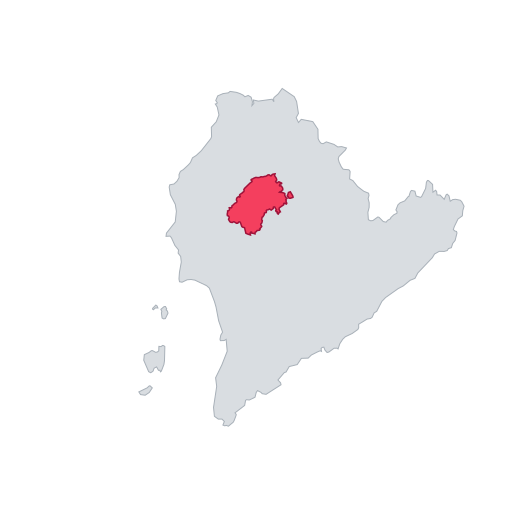 location of Ciudad Real within Spain, rotated 133°
{"feature_id": "ESP-5816", "entity_name": "Ciudad Real", "entity_type": "Autonomous Community", "adm_level": 1, "iso_a3": "ESP", "parent_name": "Spain", "parent_adm1": "", "projection": "albers", "projection_center": [-4.048, 38.963], "detail": "fine", "context": "in_parent", "style": "filled", "palette": "rose", "viewbox_px": 512, "rotation_deg": 133, "n_neighbors": 0, "source": "natural_earth", "source_scale": "10m", "svg_char_len": 7965}
<svg xmlns="http://www.w3.org/2000/svg" viewBox="0 0 512 512"><g transform="rotate(133 256 256)"><path d="M268.0,132.6L268.1,133.8L270.2,136.0L276.5,137.2L278.1,138.2L277.8,141.4L276.4,144.2L277.8,145.3L279.3,145.3L281.1,143.0L281.5,144.4L284.4,145.7L290.7,148.0L295.1,148.2L299.9,153.0L307.3,151.8L314.2,156.3L320.4,154.9L321.9,155.8L331.7,155.4L332.0,151.5L333.1,149.9L350.3,154.3L352.5,157.6L352.3,159.2L353.4,163.1L355.6,162.8L360.0,160.4L365.9,162.7L367.6,165.0L368.8,165.1L373.0,162.4L385.0,164.4L385.3,162.5L386.1,161.9L390.9,159.9L392.9,159.3L399.3,160.1L400.2,162.3L401.5,163.0L402.2,164.9L398.6,166.3L398.5,169.7L401.0,172.3L401.6,177.1L395.7,183.8L378.2,195.8L372.6,202.5L359.2,206.6L345.3,212.1L337.3,221.0L339.5,221.6L342.2,224.3L341.4,225.6L337.8,227.8L334.5,228.5L328.8,239.2L320.6,250.4L317.6,255.4L311.3,268.2L311.4,271.9L315.3,284.2L317.4,287.4L320.3,290.1L325.6,292.2L327.0,294.4L325.3,296.7L320.2,300.8L311.4,306.5L307.7,310.8L307.0,314.9L304.4,316.8L303.6,322.5L300.3,330.4L300.1,332.5L303.0,335.2L300.3,337.1L286.2,338.3L277.6,344.7L273.3,350.2L269.6,360.4L264.8,366.5L262.7,367.6L259.3,365.1L255.2,364.8L251.1,365.7L249.0,367.8L245.7,369.0L242.5,368.1L235.5,367.6L232.4,367.7L227.5,369.4L223.3,368.3L216.3,367.8L201.0,369.1L199.1,369.8L192.3,376.5L184.9,376.6L178.1,379.3L173.5,385.9L172.6,389.4L171.3,388.6L170.3,388.9L169.7,391.5L165.0,393.2L159.8,390.9L155.5,387.5L153.3,387.2L149.7,382.0L148.2,378.7L147.1,375.1L147.1,372.7L143.9,371.2L143.2,367.9L145.6,363.8L148.8,361.5L145.9,361.6L143.7,364.3L141.1,359.9L130.3,351.1L131.0,348.1L129.1,350.3L127.8,350.9L122.2,350.3L115.6,351.1L113.4,336.7L115.3,331.7L122.8,322.2L127.4,321.0L129.4,316.0L125.2,316.1L119.0,306.1L121.1,297.1L127.8,290.6L128.9,287.8L129.2,285.3L128.1,283.5L124.6,282.4L121.2,275.1L120.5,270.6L117.6,268.0L115.3,263.5L117.6,262.9L126.7,263.2L128.9,262.1L130.7,259.2L132.6,254.4L133.1,251.4L129.7,247.0L129.6,246.1L130.1,244.7L135.8,240.1L134.8,236.6L135.9,229.2L135.5,224.8L135.1,221.2L133.3,216.5L134.6,214.7L137.5,213.2L139.9,209.5L143.3,206.4L147.7,204.0L152.8,198.6L152.1,196.2L150.4,194.7L144.3,193.5L143.8,192.3L144.0,186.4L142.5,183.9L140.3,184.1L136.9,183.0L136.0,183.6L131.7,183.3L128.7,182.1L127.4,183.0L126.9,185.1L121.7,187.1L118.9,186.9L114.2,184.8L108.8,185.2L108.2,184.8L103.5,187.0L102.0,187.0L100.2,184.0L102.9,179.8L100.9,175.6L99.6,175.4L90.9,178.0L85.8,181.7L83.8,182.1L83.2,181.3L83.2,175.7L88.7,170.1L85.4,169.5L85.7,167.8L87.9,165.2L85.9,163.0L86.2,157.0L81.5,158.7L80.4,158.4L80.4,155.9L83.5,151.3L80.6,150.6L78.4,148.7L75.9,144.6L76.0,142.5L77.7,137.8L81.8,135.7L85.9,132.5L91.2,133.5L99.3,131.0L102.1,129.7L102.1,127.6L101.3,126.1L102.1,124.7L108.8,121.0L112.7,120.7L116.7,118.8L119.3,120.3L121.7,119.9L124.3,121.5L127.7,125.2L132.8,126.8L136.9,125.9L158.0,126.1L164.0,124.5L168.6,126.7L177.5,127.9L182.9,129.8L197.9,132.9L203.3,133.0L214.1,130.0L217.1,130.8L221.5,129.3L223.5,129.6L226.3,131.7L235.9,134.4L238.4,132.0L240.2,131.4L247.1,132.8L254.1,135.6L257.7,135.8L263.0,134.9L268.0,132.6ZM404.9,253.1L407.6,254.0L410.3,252.8L411.7,253.0L413.2,253.4L413.8,255.6L408.8,267.0L404.3,270.4L399.4,268.4L396.7,268.0L395.8,267.2L394.9,263.7L393.6,262.7L391.7,262.4L388.3,265.4L387.0,263.6L385.2,263.4L384.5,262.3L384.4,260.9L395.0,251.5L398.1,249.4L404.8,246.7L405.9,246.9L405.1,248.3L406.1,249.4L404.9,253.1ZM436.1,245.9L435.3,249.0L426.7,245.7L423.9,245.5L423.2,245.0L423.2,241.9L428.7,241.0L433.4,242.1L436.1,245.9ZM360.8,287.0L359.9,289.2L355.7,288.7L354.7,287.8L355.5,285.3L356.7,285.0L356.7,283.2L357.8,281.4L363.6,279.6L365.0,280.7L365.4,282.4L362.1,286.4L360.8,287.0ZM365.4,295.4L364.8,295.9L360.2,295.8L360.0,294.3L360.9,292.3L362.7,294.2L365.3,294.4L365.4,295.4Z" fill="#d9dde1" stroke="#a8b0b8" stroke-width="1"/><path d="M245.7,277.2L246.3,278.9L243.1,283.7L244.0,285.4L244.1,286.0L244.1,286.5L242.1,290.4L242.1,290.9L242.4,291.5L243.0,291.8L244.4,291.7L245.4,292.6L245.8,295.0L246.3,295.8L247.7,296.2L248.5,297.4L248.7,298.0L248.7,298.7L248.1,300.7L247.8,301.2L246.4,301.6L246.1,301.9L245.8,302.3L245.5,303.4L246.0,304.4L245.7,304.9L245.4,305.2L245.3,305.3L244.8,305.8L244.3,306.0L244.2,306.1L243.3,306.7L243.1,306.8L242.9,307.0L242.7,307.2L242.6,307.3L242.4,307.5L242.2,307.4L241.9,307.3L241.7,307.1L241.4,307.0L241.1,306.9L240.7,306.9L240.4,307.0L239.9,307.2L239.4,307.6L239.2,307.8L239.2,308.3L239.1,308.5L238.8,308.4L238.4,308.0L237.7,307.1L237.6,306.9L237.3,306.8L237.1,306.8L236.3,307.3L235.9,307.7L235.6,307.8L235.2,307.8L234.3,307.5L232.4,307.5L231.9,307.4L231.3,307.2L230.9,307.0L230.5,306.8L230.1,306.8L229.5,306.9L229.0,307.2L228.8,307.4L228.7,307.7L228.6,307.9L228.6,308.2L228.5,308.4L228.1,308.8L227.5,309.2L226.7,309.5L226.4,309.6L226.1,309.6L225.6,309.5L224.7,309.3L224.5,309.2L224.4,308.9L224.3,308.7L224.2,308.2L223.7,308.0L223.4,308.0L223.1,308.2L223.0,308.5L222.9,309.3L222.8,309.5L222.6,309.6L222.3,309.7L221.9,309.7L220.5,309.4L219.9,309.3L219.2,309.0L218.8,309.1L218.6,309.2L218.1,309.0L217.8,308.9L217.5,308.8L217.1,308.9L216.7,309.0L216.3,309.3L216.1,309.5L215.8,310.1L215.3,310.3L214.3,310.5L206.5,310.1L205.4,309.8L204.9,309.7L204.3,309.7L204.1,309.8L203.9,310.0L203.8,311.5L203.4,311.6L203.0,311.6L201.3,310.8L200.9,310.8L200.2,310.5L199.0,309.9L198.7,309.8L198.4,309.5L197.9,308.7L197.1,307.8L196.4,307.2L196.0,307.0L195.6,306.7L195.3,306.6L195.0,306.6L194.8,306.5L194.5,306.3L194.3,306.0L194.2,305.7L193.9,305.4L193.0,304.6L192.5,304.4L192.0,304.1L191.9,303.9L191.7,303.7L191.3,303.4L190.2,302.9L189.8,302.8L189.3,302.7L188.9,302.7L188.5,302.5L188.0,302.1L187.7,301.7L187.5,301.4L187.5,300.9L187.5,300.6L187.4,300.0L187.3,299.8L187.1,299.6L186.2,299.6L185.9,299.7L185.3,299.7L184.4,299.3L182.9,298.1L183.3,297.9L183.6,297.8L183.8,297.9L184.1,297.7L184.4,297.3L184.7,296.7L185.3,294.2L185.5,293.9L185.9,293.1L186.1,292.9L186.3,292.7L186.5,292.6L186.8,292.5L187.0,292.4L187.8,292.6L188.0,292.5L188.2,292.4L188.3,291.6L188.4,291.1L188.3,290.7L188.2,290.5L187.4,290.3L187.2,290.2L186.3,290.0L186.1,289.8L186.0,289.6L185.9,289.3L185.9,289.1L185.9,288.8L185.9,288.5L185.6,288.4L185.5,288.2L185.4,287.9L185.4,287.7L185.3,287.4L185.2,287.1L185.2,286.9L185.4,286.7L185.7,286.6L185.9,286.7L186.2,286.8L186.8,287.2L187.3,287.4L187.6,287.4L187.8,287.3L188.5,286.9L188.6,286.6L188.5,286.3L188.4,286.1L187.9,285.9L187.7,285.7L187.6,285.3L187.6,284.8L188.0,283.3L188.1,282.9L188.2,282.7L188.4,282.5L188.8,282.1L189.0,281.9L189.1,281.7L189.3,281.5L189.5,281.5L190.0,281.7L190.3,281.7L190.5,281.7L191.0,281.6L191.5,281.6L191.7,281.8L191.9,281.9L192.9,282.4L193.0,282.4L193.4,282.4L193.0,281.8L192.3,280.9L192.0,280.6L191.8,280.4L191.8,280.2L191.3,279.4L190.8,278.1L190.7,277.8L190.7,277.4L190.9,277.1L191.2,277.0L191.4,276.9L191.7,276.8L192.0,276.4L192.4,275.2L192.8,274.5L192.9,273.8L192.5,272.7L194.5,272.6L194.7,272.0L195.0,271.6L195.5,271.2L195.9,271.0L196.1,270.2L196.3,269.6L196.7,269.3L197.4,269.3L197.8,270.9L198.1,271.2L198.4,271.5L198.7,271.5L199.1,271.3L199.2,271.2L199.4,270.9L199.5,270.7L199.8,270.7L204.8,271.8L206.1,271.1L207.1,268.3L208.0,268.7L210.2,268.3L210.3,268.6L210.3,269.3L210.2,269.6L210.0,269.9L209.6,270.0L209.3,270.2L209.2,270.7L209.3,270.9L209.7,271.3L209.7,271.6L209.7,271.9L209.6,272.2L209.2,272.7L208.2,272.5L207.9,274.2L207.4,275.3L207.4,275.7L207.5,276.0L208.2,276.5L208.5,276.6L209.4,275.7L212.1,276.2L212.3,278.1L214.0,278.7L214.8,279.4L215.7,279.5L216.5,278.6L216.9,278.3L217.4,278.2L218.6,279.1L219.0,279.1L220.1,278.2L222.7,277.7L223.5,278.0L225.7,276.5L225.8,275.5L227.8,274.3L229.3,274.3L229.7,274.1L230.0,273.6L230.3,272.2L230.6,271.9L233.6,271.8L233.6,271.3L234.7,271.0L236.7,272.6L238.0,272.4L239.2,272.8L240.5,271.8L241.2,273.3L242.2,274.7L241.5,275.5L241.9,276.1L243.3,275.9L244.4,274.4L245.7,277.2ZM187.9,268.9L190.3,270.2L190.8,270.8L191.1,271.2L191.2,271.7L190.5,273.2L190.9,273.8L190.5,274.3L190.2,274.4L189.2,274.7L188.6,275.0L188.4,275.1L188.2,275.2L187.4,275.6L185.6,274.7L186.9,270.3L187.6,269.1L187.9,268.9Z" fill="#f43f5e" stroke="#9f1239" stroke-width="1.5"/></g></svg>